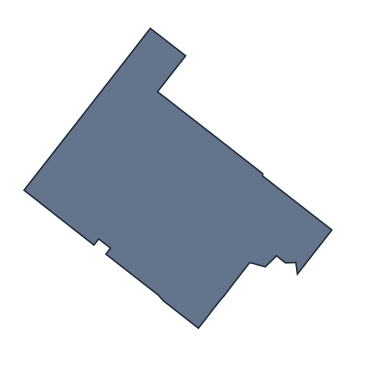 Rogers, Oklahoma, United States of America, rotated 308°
{"feature_id": "52423323B91280713828925", "entity_name": "Rogers", "entity_type": "district", "adm_level": 2, "iso_a3": "USA", "parent_name": "United States of America", "parent_adm1": "Oklahoma", "projection": "robinson", "projection_center": [-95.645, 36.336], "detail": "fine", "context": "isolated", "style": "filled", "palette": "slate", "viewbox_px": 384, "rotation_deg": 308, "n_neighbors": 0, "source": "geoboundaries", "source_scale": "gbopen_adm2", "svg_char_len": 595}
<svg xmlns="http://www.w3.org/2000/svg" viewBox="0 0 384 384"><g transform="rotate(308 192 192)"><path d="M91.2,58.5L90.0,58.5L89.8,147.4L97.6,147.4L97.6,162.3L90.0,162.4L90.0,184.5L90.0,199.3L90.0,229.0L88.6,236.4L88.6,249.3L88.6,268.1L88.6,280.9L97.5,280.9L103.8,280.9L111.4,280.8L126.4,280.9L129.3,281.2L149.2,281.0L172.0,280.9L178.1,295.8L193.8,297.9L193.6,309.1L200.3,317.3L192.2,325.6L248.2,325.6L248.1,266.2L248.1,237.7L250.0,236.5L250.0,186.8L250.0,184.0L249.9,147.6L249.8,103.1L295.4,103.1L295.3,58.4L251.5,58.5L91.2,58.5Z" fill="#64748b" stroke="#1e293b" stroke-width="1.5"/></g></svg>